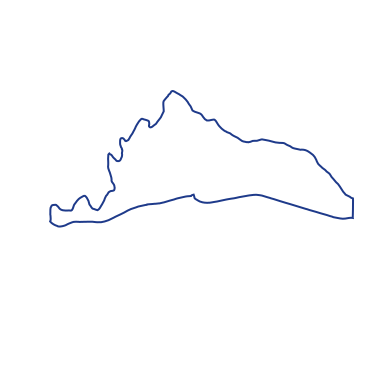 the district of La Caye, Dennery, Saint Lucia, rotated 332°
{"feature_id": "8701671B23998662762063", "entity_name": "La Caye", "entity_type": "district", "adm_level": 2, "iso_a3": "LCA", "parent_name": "Saint Lucia", "parent_adm1": "Dennery", "projection": "albers", "projection_center": [-60.906, 13.932], "detail": "fine", "context": "isolated", "style": "outline", "palette": "blue", "viewbox_px": 384, "rotation_deg": 332, "n_neighbors": 0, "source": "geoboundaries", "source_scale": "gbopen_adm2", "svg_char_len": 5477}
<svg xmlns="http://www.w3.org/2000/svg" viewBox="0 0 384 384"><g transform="rotate(332 192 192)"><path d="M137.1,119.2L136.9,119.2L136.4,119.4L135.7,119.7L135.5,120.0L134.6,121.5L133.5,123.3L132.4,125.6L131.6,127.2L130.6,129.0L129.8,130.2L129.2,131.8L128.8,134.2L128.6,136.2L128.2,138.2L127.6,141.2L127.0,142.9L126.2,144.4L126.1,145.8L126.4,147.6L126.5,149.1L126.3,150.2L125.9,151.2L125.7,152.0L124.8,153.2L124.1,153.8L123.6,153.9L122.5,153.7L120.6,153.0L119.9,153.0L119.5,153.0L118.3,153.1L116.9,153.9L115.8,154.6L114.8,154.9L114.3,155.1L112.1,156.7L110.5,158.2L109.3,159.0L106.9,160.6L104.5,162.0L103.6,162.6L102.2,163.3L101.4,163.5L100.1,163.7L99.1,162.8L98.1,161.7L97.3,160.8L96.7,160.3L96.3,159.7L96.0,158.3L95.9,156.7L95.6,154.9L96.2,152.1L96.4,151.3L96.4,147.6L96.1,146.3L95.9,145.6L95.6,145.1L94.8,144.7L93.8,144.6L90.6,144.7L88.7,145.0L86.4,145.8L83.1,147.4L82.4,147.7L82.0,147.9L81.3,148.5L79.5,150.2L78.8,150.8L78.3,151.1L77.4,151.6L76.4,151.6L75.3,150.9L74.2,150.3L73.0,149.7L71.6,149.0L70.6,148.3L69.4,147.5L68.4,146.5L67.9,145.8L67.3,144.6L67.1,143.5L66.9,142.2L66.6,141.3L66.0,139.7L65.6,139.3L64.3,138.7L63.1,138.2L61.8,138.1L60.5,139.0L59.7,139.6L58.6,141.2L57.4,143.4L56.3,145.4L55.8,146.9L55.4,147.6L55.3,147.9L54.8,149.0L54.0,150.4L52.9,151.4L53.4,153.2L54.1,154.7L55.0,156.2L55.8,157.3L56.7,158.3L56.9,158.5L57.4,159.3L58.0,159.8L58.8,160.3L59.9,160.8L61.7,161.4L63.5,161.8L64.8,162.0L67.1,162.0L68.5,162.1L72.0,162.5L73.4,162.8L75.4,163.7L77.4,164.8L78.6,165.6L80.8,166.7L83.6,168.1L86.9,169.8L88.6,170.7L90.1,171.5L93.0,173.5L94.5,174.4L96.2,175.3L97.6,176.0L101.0,177.0L105.1,177.7L110.6,177.9L113.0,177.9L118.8,178.2L122.6,178.3L126.4,178.2L130.1,178.4L135.4,179.3L137.7,179.6L141.6,180.7L144.8,181.6L146.1,182.1L146.5,181.9L149.6,183.2L150.1,183.5L151.0,183.8L151.6,184.1L153.4,184.8L153.7,185.0L154.4,185.3L155.1,185.6L157.4,186.5L158.0,186.8L161.4,187.7L162.4,188.0L167.4,189.0L168.4,189.2L172.8,190.2L174.8,190.5L176.2,190.8L177.3,191.1L181.3,192.2L184.2,193.0L185.9,193.6L187.2,194.2L189.3,195.1L189.9,194.8L190.7,194.8L192.2,195.1L192.0,196.3L191.4,198.8L191.9,200.0L193.6,202.8L194.5,204.1L196.4,206.0L198.1,207.3L200.2,208.6L202.7,209.8L204.4,210.4L206.6,211.1L209.8,212.2L213.0,213.1L218.6,214.7L220.2,215.2L223.2,216.2L226.2,217.3L227.9,217.8L231.2,218.7L236.1,220.3L237.9,220.9L239.2,221.3L241.0,221.9L245.1,223.5L247.4,224.6L250.3,226.6L252.1,228.0L256.1,232.0L258.2,234.0L258.5,234.4L260.9,236.7L265.3,241.2L269.6,245.5L272.9,248.7L277.7,253.5L280.6,256.4L284.5,260.3L285.6,261.3L287.1,262.9L289.8,265.5L292.0,267.6L293.4,269.0L295.5,271.1L300.4,275.8L302.5,278.0L304.1,279.5L305.0,280.6L307.5,282.6L310.4,284.9L312.6,286.4L314.8,287.4L318.4,288.6L320.1,289.3L321.4,290.1L321.8,290.4L321.9,290.1L323.2,287.8L323.5,287.3L325.9,283.0L328.4,278.4L330.3,274.9L331.1,273.2L330.0,272.1L329.3,270.8L329.2,270.4L327.4,267.9L326.5,266.6L326.3,266.2L326.3,265.7L325.6,262.7L325.3,259.1L325.1,256.6L324.8,254.4L324.7,253.6L323.8,251.0L322.9,246.7L322.3,244.3L322.1,241.3L321.9,240.2L321.0,238.2L320.4,237.0L320.3,236.4L319.9,235.0L318.4,231.9L317.9,230.3L317.3,228.7L316.8,227.1L316.6,226.3L316.6,223.5L316.8,222.1L316.8,218.9L316.5,217.3L316.2,216.0L314.5,212.3L313.2,210.0L311.8,208.3L310.4,207.1L308.8,206.1L307.7,205.7L305.7,204.0L303.3,202.0L301.9,200.7L301.0,199.4L300.3,197.9L299.6,197.0L298.4,195.5L297.7,194.5L296.8,192.9L296.1,192.0L295.0,191.2L292.2,189.6L289.0,187.4L286.6,185.2L284.0,182.8L281.3,180.6L278.9,178.7L278.5,178.4L277.6,178.1L273.5,177.3L270.9,176.0L269.6,175.4L267.1,175.1L265.0,174.5L264.9,174.3L263.6,173.6L262.2,172.4L261.2,171.6L260.2,170.5L259.1,168.4L257.7,165.5L255.5,162.5L254.6,161.1L253.9,159.8L253.3,158.3L252.6,157.4L250.9,155.5L250.7,154.9L250.0,154.1L249.2,152.8L248.0,150.1L247.4,148.1L246.9,146.2L246.7,144.8L246.6,143.3L246.4,140.6L246.1,139.4L245.7,138.6L245.1,138.2L243.0,137.5L240.5,136.8L239.4,136.2L238.7,135.8L238.2,134.8L237.6,133.8L237.0,130.6L236.9,129.2L236.6,127.8L235.8,126.3L234.3,124.7L232.2,122.5L231.2,121.1L230.7,120.2L230.8,118.8L230.9,117.5L231.0,115.7L230.8,114.4L230.6,113.0L230.5,112.0L230.5,111.7L230.5,110.7L229.9,107.4L229.5,106.1L229.0,104.5L228.6,103.3L227.9,102.1L227.0,100.6L226.7,99.9L224.9,97.2L223.7,95.2L222.8,94.1L222.0,93.6L220.9,93.6L218.9,94.8L217.7,95.0L217.4,95.1L216.7,95.3L215.7,96.1L215.2,96.2L214.3,96.5L211.3,97.7L209.6,98.5L208.8,99.4L207.8,101.2L206.7,103.6L205.6,106.1L204.9,107.5L201.6,109.9L199.6,111.4L197.7,112.3L197.0,112.6L194.3,113.8L193.2,114.4L192.2,114.9L188.9,115.4L188.2,115.6L187.0,115.7L186.8,115.7L185.8,115.5L185.2,115.0L185.0,114.5L184.9,113.8L185.4,112.8L186.1,112.1L186.6,110.9L186.8,110.4L187.0,109.8L187.0,108.9L186.8,108.6L186.6,108.3L185.6,107.2L184.7,106.3L183.3,105.0L182.8,104.3L182.0,103.8L181.1,103.8L178.3,104.8L177.6,105.2L175.1,106.6L173.1,107.9L171.6,109.1L170.2,110.1L168.2,111.4L168.0,111.6L166.6,112.5L165.2,113.2L163.2,114.3L162.1,115.1L160.7,115.9L160.2,116.2L158.5,116.2L157.6,116.1L157.1,115.5L157.0,115.3L157.0,114.2L156.6,112.8L156.1,111.9L155.2,111.4L154.3,111.3L153.6,111.7L152.9,112.5L152.2,113.7L151.3,115.4L151.1,115.9L150.8,116.6L150.7,117.6L150.4,119.0L150.5,120.4L150.3,121.5L150.1,121.6L150.1,122.2L149.9,122.8L149.4,123.5L148.3,124.9L148.0,125.9L147.6,126.6L146.9,127.6L146.3,128.2L145.2,129.0L144.4,129.7L143.4,130.3L142.0,130.4L141.0,129.9L140.2,129.3L139.9,128.8L139.6,127.2L139.0,125.6L138.6,124.1L138.4,122.2L138.2,121.3L137.1,119.8L137.1,119.2Z" fill="none" stroke="#1e3a8a" stroke-width="2"/></g></svg>